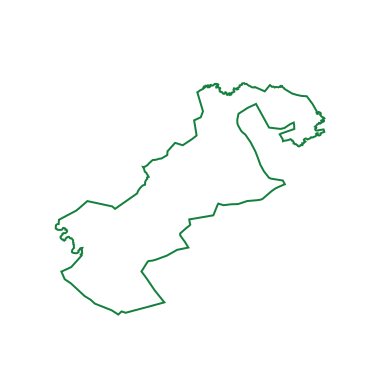 the district of Maiyama, Kebbi, Nigeria, rotated 74°
{"feature_id": "59680162B34961354684930", "entity_name": "Maiyama", "entity_type": "district", "adm_level": 2, "iso_a3": "NGA", "parent_name": "Nigeria", "parent_adm1": "Kebbi", "projection": "robinson", "projection_center": [4.24, 12.008], "detail": "fine", "context": "isolated", "style": "outline", "palette": "green", "viewbox_px": 384, "rotation_deg": 74, "n_neighbors": 0, "source": "geoboundaries", "source_scale": "gbopen_adm2", "svg_char_len": 5939}
<svg xmlns="http://www.w3.org/2000/svg" viewBox="0 0 384 384"><g transform="rotate(74 192 192)"><path d="M290.5,249.0L276.2,255.0L262.7,259.4L254.5,262.5L246.7,253.8L246.4,252.6L247.1,248.7L247.0,243.8L246.6,239.2L246.3,234.0L243.5,222.2L244.4,210.8L238.2,212.5L230.5,215.3L228.6,214.8L225.1,207.5L224.0,204.6L223.0,202.7L220.7,202.6L217.6,202.2L220.3,177.9L211.7,171.2L210.4,169.9L213.4,165.3L214.6,157.7L216.3,151.1L215.9,141.4L217.9,131.3L218.3,128.1L218.0,125.9L213.2,115.5L212.0,112.1L211.6,110.8L211.1,108.2L210.1,100.6L206.0,101.5L201.4,111.4L200.7,112.7L200.1,113.3L199.7,114.0L191.8,117.2L184.6,118.8L176.8,119.3L170.5,119.9L160.2,122.0L151.5,124.9L148.7,126.9L146.8,127.9L141.4,129.2L139.4,129.5L137.5,129.2L135.1,128.6L129.6,125.7L126.4,115.0L125.0,106.2L151.3,100.2L155.7,89.7L156.0,85.6L153.9,79.1L153.3,75.1L155.9,75.4L159.6,76.3L160.4,90.3L160.7,91.8L166.1,90.3L168.3,90.5L168.1,89.4L168.3,88.4L168.6,85.6L168.4,82.6L169.3,82.1L170.3,81.7L170.3,81.1L171.6,80.8L172.4,80.4L173.2,80.9L173.4,80.3L174.3,80.1L174.6,78.9L175.5,78.4L176.1,77.7L177.0,77.5L177.7,76.6L177.4,75.2L177.0,75.0L176.8,74.6L176.8,74.0L177.4,73.1L177.1,72.6L176.6,72.5L175.8,72.7L175.5,72.6L175.6,72.3L175.8,72.1L175.9,71.7L175.7,70.9L175.2,70.5L175.0,70.0L175.0,69.3L174.8,69.0L174.5,69.2L173.9,70.1L173.1,69.9L172.7,70.1L172.4,69.9L172.2,69.4L171.9,68.8L171.9,68.2L172.1,67.6L173.4,66.3L172.8,63.1L172.3,62.8L172.3,62.2L172.9,60.7L172.6,59.9L172.5,58.1L172.0,56.8L171.5,56.6L170.4,56.8L170.1,56.4L170.0,55.4L170.1,55.0L170.7,55.2L172.3,54.9L172.7,54.4L172.7,53.2L172.2,52.5L171.9,52.3L171.1,52.4L170.8,50.6L170.7,48.3L169.0,48.2L168.1,48.3L167.6,52.5L167.5,54.4L167.3,55.2L166.9,56.0L165.7,56.3L165.4,56.3L164.9,55.1L164.4,54.7L163.8,54.9L163.6,55.4L163.2,55.8L162.0,53.5L161.5,53.1L161.4,52.0L161.0,51.3L160.6,51.0L160.7,50.6L161.2,50.6L161.6,50.2L161.5,49.5L161.0,48.9L160.8,47.3L159.4,48.2L159.0,48.2L158.8,47.7L159.0,47.3L159.6,46.7L159.9,46.1L160.1,45.6L159.6,45.4L158.2,46.0L157.9,45.8L157.7,44.5L157.0,44.8L155.2,46.7L153.8,47.2L153.2,47.6L152.7,47.5L152.3,46.6L151.5,46.6L150.8,47.1L150.0,48.2L150.1,48.6L150.7,49.0L151.2,49.1L151.5,49.3L151.6,49.8L151.5,50.1L150.1,50.5L148.8,49.9L140.8,51.8L131.6,55.3L130.0,59.9L127.5,64.6L125.1,68.4L121.0,72.3L118.1,74.9L117.5,74.9L115.9,76.2L114.9,76.2L114.4,77.6L114.5,78.0L114.8,78.3L115.3,78.3L115.1,78.9L115.1,79.4L115.2,80.1L114.9,80.5L114.7,81.2L114.2,82.4L114.3,83.8L113.6,84.1L113.3,84.4L113.0,85.0L113.1,85.8L112.9,86.2L110.7,87.6L115.3,94.3L108.5,102.5L108.8,102.9L108.5,103.5L108.2,105.0L107.2,106.2L105.9,107.3L105.4,108.2L103.1,109.7L102.8,110.9L102.8,111.4L101.8,111.8L101.5,113.3L101.5,113.8L101.8,114.3L102.5,114.3L102.8,114.6L102.7,115.4L102.8,115.9L102.6,116.8L103.0,117.0L103.5,117.0L104.0,117.2L104.4,117.6L104.3,118.8L104.5,119.8L105.2,120.0L105.8,119.6L105.9,120.1L105.9,120.6L104.9,121.6L103.9,123.0L104.3,123.4L104.7,123.5L105.0,123.8L105.5,124.0L106.3,123.8L106.8,123.5L107.2,123.6L107.5,125.0L107.5,125.6L107.4,126.0L107.5,126.4L107.8,126.5L108.1,126.6L109.1,127.4L109.2,127.8L109.0,128.7L109.1,129.1L108.7,129.2L108.2,128.8L107.5,128.5L107.3,128.9L107.4,129.3L108.1,129.8L108.4,130.8L108.4,131.3L108.0,131.7L107.4,131.6L106.6,131.4L105.4,132.1L105.3,132.5L106.0,132.9L106.3,133.3L106.5,133.7L106.5,134.2L105.9,135.1L105.5,135.3L104.9,135.2L104.0,135.9L103.6,137.0L103.0,137.5L102.6,137.6L101.7,137.1L101.2,137.4L100.8,137.2L100.0,136.3L99.5,136.6L99.3,137.4L98.9,137.8L98.5,138.0L97.8,137.9L97.8,138.5L98.4,139.5L98.3,139.9L98.1,139.9L97.2,139.6L97.0,139.4L97.0,139.0L97.2,138.6L97.1,138.1L96.5,137.7L96.1,137.1L95.8,137.2L95.3,137.8L94.9,138.4L94.7,139.5L94.4,139.9L94.4,140.5L95.0,141.5L95.3,141.9L95.3,143.8L95.1,144.1L94.2,144.3L94.2,144.6L95.1,145.2L95.4,145.6L95.9,145.9L96.1,146.3L96.0,146.7L95.7,147.0L95.4,147.0L94.5,146.4L94.3,146.4L93.8,147.3L93.9,147.6L94.2,147.7L95.7,147.5L95.8,147.9L95.6,148.2L94.1,148.6L93.5,149.6L93.5,149.8L95.0,150.6L95.4,151.6L95.4,151.9L95.1,151.9L94.6,151.5L94.2,151.3L94.0,151.6L94.5,152.1L95.3,152.6L95.9,152.8L96.6,156.6L97.3,158.1L97.6,159.4L117.5,159.2L122.6,163.0L123.7,170.2L139.0,172.0L141.2,177.5L144.5,188.0L140.1,194.7L146.1,204.3L149.7,205.6L151.4,212.2L151.0,214.2L151.1,216.3L151.0,217.7L150.9,219.0L150.5,220.5L150.5,221.2L152.8,225.8L153.8,227.2L154.3,228.8L154.9,231.1L154.4,232.2L156.8,231.7L159.0,231.8L159.9,231.5L160.9,230.6L161.2,230.5L162.1,230.5L164.0,229.8L165.5,229.5L165.4,230.6L165.7,231.2L167.0,231.3L167.2,232.0L167.8,232.7L168.7,233.5L169.0,234.0L169.6,234.3L170.6,234.7L171.4,234.8L172.1,235.2L172.0,235.8L172.2,237.6L172.4,238.1L172.8,239.0L173.5,240.1L173.8,240.7L174.9,242.1L176.4,243.8L178.2,245.1L187.0,270.6L183.9,272.6L171.9,295.1L176.7,305.4L178.0,308.5L182.0,327.5L182.8,327.7L183.4,328.2L184.2,328.3L186.0,329.0L185.8,330.2L186.0,331.3L186.7,332.1L188.7,332.8L189.6,333.0L189.8,332.5L190.8,332.0L191.3,331.6L192.2,328.7L192.4,327.7L191.9,326.7L191.1,325.9L191.1,325.2L192.2,323.9L193.4,324.1L193.6,323.0L195.2,322.8L196.1,323.6L196.7,325.1L196.1,326.8L196.5,328.1L197.2,328.1L198.7,330.7L199.3,330.9L199.7,330.8L200.3,330.9L200.7,330.4L201.8,330.0L202.2,329.4L202.3,328.9L203.1,328.8L203.6,328.2L203.1,327.0L202.3,326.6L201.2,325.2L201.3,324.4L201.0,323.7L201.0,323.1L201.2,322.6L201.8,322.5L203.1,321.7L203.1,320.9L203.6,320.4L205.5,319.6L206.5,319.8L207.4,320.2L208.1,319.9L208.7,320.0L209.3,320.5L209.9,320.2L210.5,320.0L211.1,320.5L212.2,320.7L213.2,320.7L213.7,321.8L214.9,323.2L216.0,323.7L216.8,323.9L217.5,323.3L218.7,321.1L219.1,319.3L218.7,318.3L218.7,317.8L218.5,317.5L217.7,317.5L217.0,317.3L216.7,316.1L215.8,315.6L215.4,315.1L215.3,313.9L215.5,312.9L216.5,313.8L217.1,314.0L217.7,313.8L219.2,314.4L220.3,314.3L220.8,314.8L221.1,315.7L221.5,316.2L222.0,315.6L222.4,315.4L222.8,315.8L230.9,328.8L232.5,339.5L240.8,338.4L246.3,333.7L262.6,323.8L267.7,319.1L272.5,316.2L283.6,301.8L289.5,296.6L287.4,292.7L289.8,289.0L290.5,249.0Z" fill="none" stroke="#15803d" stroke-width="2"/></g></svg>